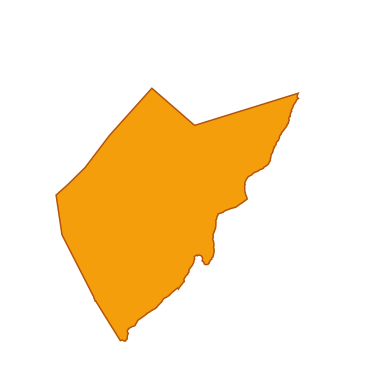 Faasalelelaga IV, Fa'asaleleaga, Samoa (Mercator projection), rotated 67°
{"feature_id": "51752279B84305185807219", "entity_name": "Faasalelelaga IV", "entity_type": "district", "adm_level": 2, "iso_a3": "WSM", "parent_name": "Samoa", "parent_adm1": "Fa'asaleleaga", "projection": "mercator", "projection_center": [-172.223, -13.576], "detail": "fine", "context": "isolated", "style": "filled", "palette": "amber", "viewbox_px": 384, "rotation_deg": 67, "n_neighbors": 0, "source": "geoboundaries", "source_scale": "gbopen_adm2", "svg_char_len": 2711}
<svg xmlns="http://www.w3.org/2000/svg" viewBox="0 0 384 384"><g transform="rotate(67 192 192)"><path d="M180.6,328.4L248.1,323.6L249.3,323.4L251.9,323.7L253.2,323.6L254.7,323.8L254.8,323.2L267.4,321.3L300.4,316.1L300.8,316.1L301.0,314.1L302.8,312.5L303.2,311.4L302.4,310.4L301.9,309.0L301.0,308.8L299.3,307.7L298.1,307.1L297.9,306.4L297.2,305.8L295.8,306.2L294.6,305.8L293.8,305.3L293.5,304.6L293.6,304.1L293.1,303.9L292.8,302.8L292.5,298.8L292.8,297.1L292.3,296.0L291.7,295.8L290.7,294.0L289.6,293.1L288.8,291.4L288.0,287.3L286.6,281.7L286.1,281.2L286.2,280.4L285.8,277.6L285.2,274.8L285.1,272.9L284.8,270.8L284.1,269.0L282.9,267.0L282.4,265.5L280.9,262.2L279.8,261.1L279.3,260.2L278.9,258.4L278.8,256.0L278.3,253.5L277.5,251.7L276.7,249.8L275.5,245.6L275.2,244.8L274.9,243.2L274.7,242.9L276.1,242.4L275.1,241.2L274.5,240.2L271.8,235.3L271.6,234.4L271.1,233.8L270.1,234.0L269.5,233.8L268.4,232.6L267.5,231.4L266.4,229.3L265.9,227.7L265.1,227.4L264.4,226.0L262.4,225.2L260.4,221.8L259.7,220.5L257.5,217.9L256.4,217.4L254.9,215.9L254.1,215.5L253.4,215.5L252.2,214.9L252.2,213.9L251.9,212.3L252.8,211.9L252.5,210.8L253.6,209.0L255.1,208.1L256.9,208.1L258.4,208.8L259.3,209.6L261.7,208.4L262.8,208.9L263.9,208.2L264.5,207.1L264.8,205.6L264.1,204.0L263.7,204.0L261.8,201.3L261.7,200.2L261.2,200.1L260.2,199.1L260.0,198.0L259.4,197.8L257.7,196.4L256.6,195.7L256.0,195.2L254.7,194.7L253.7,194.1L251.5,193.8L250.1,192.9L248.7,192.3L246.1,191.5L243.5,191.4L242.7,190.9L242.3,190.2L240.9,189.9L239.1,189.0L238.5,188.5L238.0,187.6L237.2,187.3L236.9,186.6L235.5,185.6L234.8,184.6L233.7,184.2L232.7,183.3L230.3,182.4L229.4,181.7L228.2,181.5L227.3,181.0L226.4,179.8L225.8,179.7L224.2,178.3L223.3,177.1L222.4,176.6L222.8,171.5L222.1,168.8L222.4,162.6L223.1,157.6L222.1,153.2L221.2,148.6L220.0,143.9L217.8,143.6L215.3,143.6L211.6,143.0L208.8,141.8L207.1,141.3L206.0,140.2L204.9,140.2L202.7,138.3L201.2,136.5L199.8,134.0L199.6,130.4L198.6,128.2L198.4,125.7L198.5,123.2L198.0,120.7L198.2,118.8L198.0,116.9L197.1,115.8L197.1,114.1L196.0,110.5L194.7,109.2L193.6,107.5L191.6,106.7L191.4,106.2L188.0,104.2L187.7,103.0L186.4,101.7L185.7,101.6L184.8,100.4L184.2,100.2L183.5,99.4L183.4,98.9L182.6,98.9L181.9,97.1L181.1,96.1L179.6,95.2L179.0,94.3L178.5,92.8L178.0,92.0L177.4,91.6L176.3,90.4L175.6,90.1L174.4,89.0L173.5,87.2L172.7,86.8L170.9,83.4L168.2,78.8L167.0,78.1L166.5,76.5L165.1,75.8L164.0,74.5L161.6,74.0L160.9,73.1L160.9,72.1L160.0,72.0L159.1,71.2L157.7,70.4L156.7,68.7L155.7,68.8L153.7,66.4L151.5,64.4L149.7,61.5L147.8,59.3L147.5,57.5L146.1,58.0L145.5,58.0L144.0,57.2L142.6,55.6L131.7,163.6L80.8,188.4L107.6,245.7L127.7,280.8L137.0,304.3L141.7,318.3L180.6,328.4Z" fill="#f59e0b" stroke="#b45309" stroke-width="1.5"/></g></svg>